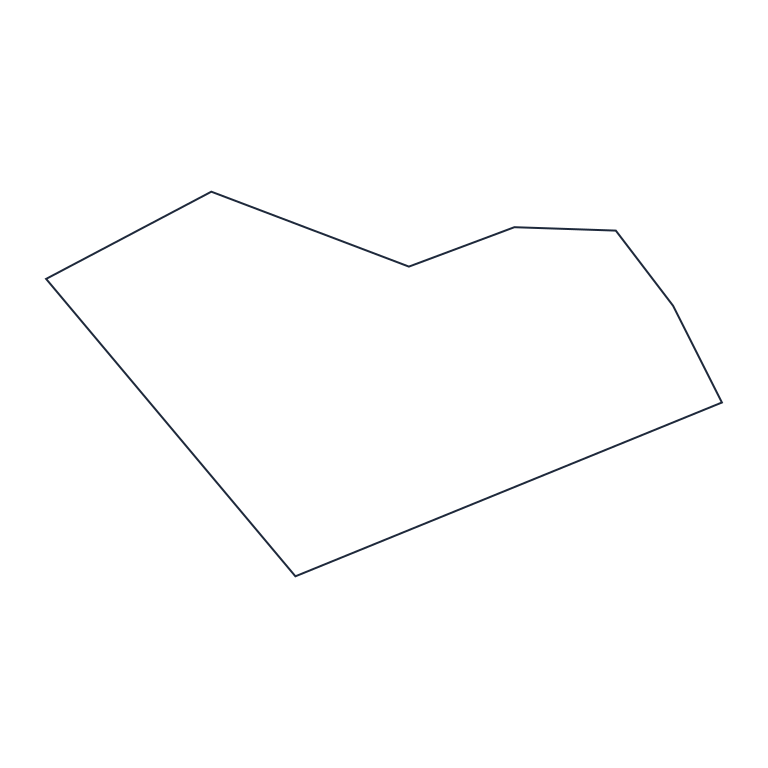 Mingəçevir, orthographic projection
{"feature_id": "AZE-1683", "entity_name": "Mingəçevir", "entity_type": "Municipality", "adm_level": 1, "iso_a3": "AZE", "parent_name": "Azerbaijan", "parent_adm1": "", "projection": "orthographic", "projection_center": [46.99, 40.753], "detail": "fine", "context": "isolated", "style": "outline", "palette": "slate", "viewbox_px": 768, "rotation_deg": 0, "n_neighbors": 0, "source": "natural_earth", "source_scale": "10m", "svg_char_len": 234}
<svg xmlns="http://www.w3.org/2000/svg" viewBox="0 0 768 768"><path d="M211.3,191.7L408.9,266.6L514.4,227.2L615.8,230.6L673.1,305.8L721.9,402.5L295.4,576.3L46.1,278.9L211.3,191.7Z" fill="none" stroke="#1e293b" stroke-width="2"/></svg>